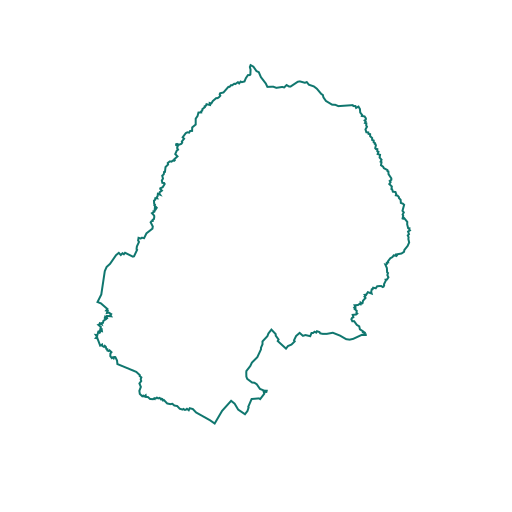 the district of Chulabhorn, Nakhon Si Thammarat, Thailand, rotated 129°
{"feature_id": "78962969B60161161731937", "entity_name": "Chulabhorn", "entity_type": "district", "adm_level": 2, "iso_a3": "THA", "parent_name": "Thailand", "parent_adm1": "Nakhon Si Thammarat", "projection": "albers", "projection_center": [99.858, 8.079], "detail": "fine", "context": "isolated", "style": "outline", "palette": "teal", "viewbox_px": 512, "rotation_deg": 129, "n_neighbors": 0, "source": "geoboundaries", "source_scale": "gbopen_adm2", "svg_char_len": 6102}
<svg xmlns="http://www.w3.org/2000/svg" viewBox="0 0 512 512"><g transform="rotate(129 256 256)"><path d="M433.8,248.4L432.1,245.9L431.1,245.7L430.9,244.8L430.2,245.1L429.7,244.2L428.4,243.9L428.2,242.4L426.9,241.6L427.2,239.6L426.4,239.6L426.1,238.8L426.8,237.3L425.9,236.9L426.5,232.2L425.0,229.3L423.5,228.0L423.6,225.4L422.2,222.8L422.7,219.1L421.6,216.5L420.5,216.1L420.5,214.7L419.7,213.8L418.2,213.5L418.2,211.2L416.0,211.7L414.7,208.8L415.3,204.1L412.6,188.3L412.2,182.7L397.7,184.9L384.2,184.2L384.2,179.7L386.6,173.2L385.9,165.0L381.8,165.1L378.4,166.4L378.1,167.1L369.9,169.4L364.8,164.1L364.6,162.7L357.8,162.9L356.8,164.4L355.1,162.4L354.0,162.9L355.5,164.9L356.8,169.3L355.2,174.7L355.5,177.5L356.8,179.4L357.0,185.5L355.8,187.6L352.6,190.3L351.4,191.1L345.1,191.2L341.4,192.1L333.8,191.3L325.4,193.4L324.2,194.4L320.5,195.4L318.3,197.2L311.1,196.7L308.4,197.6L303.5,197.7L304.3,191.6L305.5,190.5L306.7,185.9L308.4,185.6L309.1,174.4L305.9,174.5L302.5,172.7L298.0,172.2L297.6,173.4L292.9,174.5L288.3,173.7L288.5,169.3L286.3,167.8L284.2,163.4L280.9,164.4L279.9,163.2L278.0,162.8L277.6,161.0L276.1,161.3L275.2,158.8L275.7,157.4L274.5,155.1L272.1,152.1L267.3,148.0L265.0,140.6L263.9,133.6L262.1,130.6L259.2,128.3L251.0,124.3L248.3,121.0L247.8,121.5L248.4,122.9L247.1,123.2L247.2,124.4L248.0,125.0L247.2,125.6L247.6,129.1L245.7,131.5L246.1,134.3L244.9,138.7L246.1,140.1L245.1,142.1L243.8,142.4L242.3,141.8L240.9,143.8L238.5,141.4L237.0,141.1L236.9,142.2L235.2,143.2L235.1,146.0L233.9,145.9L234.1,147.2L232.6,147.1L232.2,148.3L229.9,145.9L228.1,145.4L227.8,144.4L226.4,145.4L226.3,143.8L225.7,143.5L223.4,144.7L219.7,144.5L219.3,146.1L217.7,145.9L217.6,146.9L216.5,146.0L213.7,146.3L212.4,142.5L211.4,143.9L209.0,145.1L208.4,144.5L206.9,145.0L205.7,142.6L203.3,142.8L201.6,141.1L200.5,139.7L200.4,138.0L199.6,137.6L198.2,137.9L197.3,138.8L193.1,139.7L192.8,140.3L191.9,139.4L189.2,139.7L188.2,141.9L186.2,142.7L186.1,143.9L183.0,146.7L181.2,150.2L180.8,149.5L179.6,149.3L178.9,150.1L177.8,149.2L177.1,150.1L173.2,150.2L171.0,149.3L168.8,149.4L168.3,148.1L167.2,148.2L167.4,146.9L166.6,146.9L166.2,147.7L162.5,144.5L159.6,143.6L157.9,144.5L152.8,144.5L149.1,145.5L146.9,148.3L145.4,149.2L144.5,151.0L142.8,150.8L141.3,153.2L139.2,152.5L139.0,153.5L137.9,154.2L138.6,155.3L136.3,158.4L134.3,159.9L133.3,164.7L134.4,165.0L134.6,165.7L132.0,167.0L131.6,168.1L129.1,168.6L128.7,170.6L123.0,173.1L122.9,174.8L123.6,176.8L121.3,179.0L121.0,181.4L120.3,182.0L120.0,183.9L120.8,185.5L119.7,185.9L118.5,187.9L119.9,190.1L118.5,192.2L118.7,192.9L116.5,194.2L116.2,197.7L113.9,197.9L113.5,199.3L111.6,198.8L110.5,199.7L109.0,204.5L107.0,206.3L107.3,207.2L106.5,208.0L107.3,211.9L106.6,213.4L106.8,216.0L104.1,217.5L104.3,218.5L102.2,219.0L101.7,221.9L99.3,223.3L100.2,225.6L98.0,226.4L98.3,227.6L96.6,229.0L97.4,230.1L97.2,231.2L94.5,232.5L93.9,233.6L94.1,234.2L93.4,234.6L93.6,236.1L92.2,237.2L92.7,238.8L91.2,240.0L91.1,242.6L89.5,244.0L90.3,245.4L89.3,246.5L90.4,248.1L88.7,250.6L85.7,251.1L85.3,252.4L83.5,253.7L84.0,255.0L82.6,255.2L82.3,256.9L80.9,256.5L79.9,257.2L79.2,259.5L80.6,261.9L79.6,262.3L78.9,265.3L76.4,267.7L75.4,270.4L77.9,271.4L76.9,273.1L78.2,274.7L77.9,275.8L87.7,286.3L88.6,289.5L90.5,292.1L91.5,299.2L90.3,303.4L88.8,305.4L89.0,307.2L87.7,314.0L87.8,317.8L89.6,322.7L88.9,326.0L90.6,327.0L92.7,331.8L94.3,333.2L102.6,335.8L103.5,337.0L103.9,339.8L107.3,340.2L108.1,342.0L112.5,346.0L113.6,349.2L117.4,353.6L115.8,356.9L113.9,364.8L111.4,369.5L112.0,372.0L110.5,377.2L111.1,380.3L113.0,379.7L114.6,377.5L118.5,374.6L119.3,374.7L120.5,376.1L124.2,375.8L127.6,374.8L129.8,376.4L130.1,377.7L132.5,377.7L132.3,379.4L135.4,380.3L135.8,381.3L138.4,382.0L138.9,382.9L141.2,383.0L141.9,383.9L149.4,384.2L152.1,386.3L153.2,386.0L153.9,384.6L155.8,384.7L157.5,385.2L158.4,386.3L162.8,387.1L165.6,386.7L166.2,388.2L167.6,386.8L169.2,390.0L170.6,389.5L172.0,390.1L172.5,389.4L175.6,390.1L176.8,389.3L178.2,389.6L178.9,388.9L180.7,391.0L184.1,389.5L187.2,389.3L191.8,385.6L196.2,386.5L199.0,384.4L200.3,385.9L202.2,385.6L203.1,387.2L204.7,387.9L209.9,387.7L210.1,385.7L213.7,385.7L214.3,384.7L215.8,384.6L217.9,385.8L218.6,387.9L219.4,388.4L220.1,387.8L219.7,386.0L221.7,385.3L222.4,383.5L223.9,383.9L227.6,382.9L228.0,379.7L232.3,380.4L232.7,379.4L233.5,379.5L234.3,380.8L235.8,381.0L236.7,382.5L238.7,383.0L239.3,383.1L240.2,381.9L243.8,382.3L247.9,379.7L248.5,380.3L250.6,379.1L252.6,379.4L254.4,377.0L256.6,376.7L258.1,374.8L257.1,373.3L257.5,372.3L261.3,371.8L263.6,373.0L264.1,372.7L264.4,370.3L267.0,371.0L268.3,370.5L268.7,369.2L269.4,371.4L271.5,370.1L273.1,370.1L273.4,369.1L274.5,370.6L275.8,369.8L277.2,370.1L279.6,367.9L279.7,366.9L280.6,366.8L281.0,363.5L282.9,363.3L282.8,364.5L285.1,363.0L285.7,363.7L286.2,363.1L288.2,363.8L288.7,360.6L289.7,359.6L291.5,358.6L292.9,359.1L293.7,358.3L294.7,359.1L296.1,359.1L298.0,354.8L299.9,353.7L307.3,355.4L312.6,354.2L313.6,356.2L315.0,356.6L315.8,358.7L318.1,357.4L318.7,355.8L323.5,354.6L325.8,353.2L326.0,352.3L333.0,350.6L334.0,351.3L335.9,359.8L337.8,359.8L337.9,361.5L340.3,361.7L339.9,364.6L343.4,365.3L354.0,364.5L358.5,365.2L362.9,364.0L383.3,352.0L391.5,350.2L390.4,346.7L390.7,338.1L392.6,338.1L391.9,336.8L394.1,336.0L392.6,334.7L392.3,332.0L393.5,332.0L394.0,330.6L396.5,334.3L397.7,334.4L397.5,333.4L398.0,332.6L399.1,333.5L398.6,334.8L399.4,334.5L399.7,332.9L402.3,333.8L404.3,332.9L405.6,334.0L406.2,333.0L406.6,335.0L407.5,334.6L408.7,335.2L408.8,331.9L411.1,330.8L410.0,329.9L411.3,328.5L411.7,329.7L413.1,330.5L413.0,329.3L414.1,329.2L414.5,330.7L417.4,329.5L418.2,330.8L418.9,328.6L420.5,328.8L419.8,327.4L423.7,320.7L421.7,319.9L422.6,319.0L422.3,316.9L421.0,317.0L421.1,315.6L422.4,313.9L422.0,312.9L423.0,312.1L422.6,310.7L421.5,310.5L421.7,307.8L423.4,307.8L425.5,306.2L426.1,303.8L424.9,303.5L425.1,302.2L423.7,302.6L423.1,301.7L424.7,298.2L427.2,295.7L421.4,276.1L421.7,271.3L422.5,270.8L422.5,268.7L424.3,268.1L425.4,266.5L428.4,266.4L430.2,263.1L434.2,261.8L436.3,259.5L436.6,256.1L435.5,255.8L435.6,254.5L433.7,254.1L434.8,252.9L433.6,251.1L433.8,248.4Z" fill="none" stroke="#0f766e" stroke-width="2"/></g></svg>